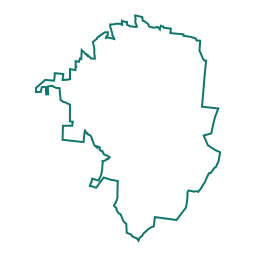 Huhí, Yucatán, Mexico (Natural Earth projection)
{"feature_id": "50627088B5234987061010", "entity_name": "Huhí", "entity_type": "district", "adm_level": 2, "iso_a3": "MEX", "parent_name": "Mexico", "parent_adm1": "Yucatán", "projection": "natural_earth1", "projection_center": [-89.155, 20.688], "detail": "fine", "context": "isolated", "style": "outline", "palette": "teal", "viewbox_px": 256, "rotation_deg": 0, "n_neighbors": 0, "source": "geoboundaries", "source_scale": "gbopen_adm2", "svg_char_len": 4406}
<svg xmlns="http://www.w3.org/2000/svg" viewBox="0 0 256 256"><path d="M218.3,108.5L202.0,106.7L205.0,71.4L206.1,60.6L204.4,60.5L204.2,60.3L203.6,59.6L203.1,59.0L199.5,50.6L200.2,40.7L196.6,40.5L195.8,38.5L191.3,37.0L183.5,35.7L183.6,34.9L183.4,34.3L170.3,33.1L170.3,32.5L170.6,31.1L170.9,28.7L169.7,28.5L169.1,28.4L168.1,28.3L165.8,27.9L164.7,27.8L163.9,27.9L163.6,27.4L163.3,26.6L161.5,26.1L161.3,25.8L161.0,25.7L160.8,26.3L160.2,27.5L159.9,28.4L159.8,29.3L157.8,27.0L157.1,27.0L154.8,27.6L153.9,27.7L150.9,27.1L148.9,26.3L148.7,25.4L147.9,23.8L144.8,21.6L144.1,21.1L143.2,20.9L142.7,20.8L142.3,17.1L137.4,15.9L135.2,15.4L135.1,16.2L135.2,16.8L135.6,18.6L135.2,22.3L135.7,23.3L136.0,23.8L136.9,26.7L135.6,26.9L132.8,26.6L131.9,26.4L130.6,26.4L130.2,26.2L127.1,24.8L126.9,21.9L125.4,22.1L124.9,21.8L124.4,21.6L122.5,21.2L122.0,20.8L121.8,22.3L122.1,23.4L122.2,24.3L122.2,24.8L119.8,23.7L118.6,23.9L117.6,23.7L115.8,23.8L115.2,24.0L113.2,24.4L110.2,24.5L110.3,25.1L110.2,25.4L110.3,27.4L111.0,28.9L111.2,29.6L111.3,30.1L111.6,31.3L111.7,31.5L111.8,31.9L112.4,33.7L112.3,35.1L113.5,37.1L114.1,38.1L114.3,39.0L111.3,38.2L110.2,37.9L109.6,37.9L108.8,37.7L107.1,37.5L106.0,37.9L106.1,37.3L106.2,36.8L106.6,36.4L107.8,34.8L107.8,32.8L107.9,32.3L106.5,32.2L104.5,32.5L103.6,33.1L99.7,35.8L99.3,36.5L98.5,36.5L98.1,36.9L97.8,37.2L97.3,37.6L97.1,38.5L95.7,39.7L92.8,42.1L94.3,48.1L94.3,54.2L94.7,55.7L94.8,58.7L91.2,58.5L87.3,54.8L87.2,55.1L87.2,55.5L81.7,50.1L81.3,59.0L80.0,58.5L78.9,61.8L75.7,61.2L75.6,64.5L75.6,66.0L76.3,66.3L76.1,67.2L75.8,67.5L75.6,67.7L75.5,69.0L75.4,70.1L71.7,69.4L70.0,69.1L70.0,71.1L70.0,74.3L70.0,76.1L70.0,77.9L70.0,79.2L66.8,79.7L66.0,79.9L64.6,79.8L62.6,80.0L63.3,74.0L61.6,73.9L60.6,73.7L60.3,73.7L57.2,73.4L55.1,73.2L54.7,73.2L54.7,73.6L54.7,74.5L54.6,77.1L54.5,77.8L54.4,78.3L54.3,79.0L54.1,80.6L51.9,80.5L50.6,80.4L49.7,80.3L47.9,80.1L46.6,80.0L46.4,80.0L45.7,80.0L45.3,79.9L45.2,79.9L45.2,80.0L36.1,87.7L35.9,92.0L40.8,91.9L41.7,87.3L42.6,87.0L43.0,87.1L44.6,86.8L45.8,87.1L46.2,94.4L48.2,94.3L47.8,86.5L48.3,86.4L51.7,85.8L52.5,85.9L52.5,86.2L56.5,88.0L59.5,88.1L60.6,100.2L61.6,100.5L62.6,101.4L63.3,101.9L65.9,102.6L66.2,102.9L69.9,104.6L70.0,106.5L69.9,121.4L72.8,121.7L72.3,124.4L72.3,125.7L62.9,125.8L62.6,139.8L83.5,142.1L84.6,132.3L84.8,131.2L85.0,130.5L85.5,131.1L85.4,131.5L85.4,131.8L85.6,132.2L85.9,132.5L86.3,132.9L87.1,132.9L87.4,133.1L87.2,133.7L87.4,134.0L88.0,134.3L88.5,134.8L88.8,134.9L89.5,134.9L90.1,135.2L90.4,135.7L91.2,136.6L91.4,137.3L91.9,138.4L91.8,138.8L91.8,139.4L92.0,139.6L92.4,139.8L92.6,140.0L92.6,140.4L92.8,141.1L93.1,141.8L93.2,142.4L93.5,143.0L93.6,143.5L93.7,143.9L94.2,144.5L94.8,145.8L95.3,146.1L96.0,146.3L96.4,147.1L97.0,147.5L97.0,147.0L97.0,146.3L97.4,146.3L97.9,146.5L98.9,146.9L99.9,147.5L99.6,148.4L99.4,149.2L100.0,149.9L100.4,150.5L101.6,150.9L102.2,150.9L102.5,151.1L102.4,151.6L102.5,152.0L103.1,152.5L103.2,152.9L103.6,153.5L103.6,153.9L103.9,154.3L104.6,154.5L105.3,155.2L105.9,155.2L106.6,155.4L107.3,155.6L108.1,156.3L108.8,156.6L109.3,156.8L109.7,157.1L109.3,157.5L108.7,157.9L108.7,158.3L108.4,158.4L108.1,159.0L107.7,159.3L107.3,158.9L106.4,159.3L105.3,160.4L104.9,160.7L102.4,161.2L102.8,162.3L102.3,166.3L102.3,168.6L101.2,175.0L98.5,180.6L92.3,178.6L91.3,182.5L90.8,183.1L89.9,186.1L91.7,186.2L96.1,187.8L103.7,177.5L111.3,179.9L115.2,180.5L117.9,181.1L117.7,182.4L117.4,196.3L117.5,197.0L117.1,199.5L116.0,201.7L115.9,202.3L114.3,205.0L114.0,205.9L116.6,208.4L116.5,210.0L118.2,212.8L120.7,214.5L123.3,221.0L125.4,223.3L126.3,223.9L126.7,232.7L131.5,234.7L131.7,235.2L132.0,236.1L133.3,237.0L136.9,238.4L138.5,240.6L139.4,238.1L141.1,236.5L142.0,236.0L143.3,233.9L143.8,233.2L149.3,228.3L150.0,228.2L151.6,226.9L153.7,226.6L154.4,221.2L154.8,217.1L161.0,217.9L161.3,217.9L162.5,218.1L176.5,220.0L185.8,207.8L186.8,203.5L186.7,203.3L187.1,200.6L187.1,200.3L187.4,197.1L187.6,196.5L187.4,194.4L187.5,192.1L188.6,190.5L190.6,190.9L193.8,191.6L195.8,191.3L196.1,191.3L196.5,191.2L198.3,191.8L198.6,191.2L199.7,189.9L200.3,189.5L203.3,184.4L203.8,183.9L205.3,181.3L206.0,179.4L206.2,179.0L206.4,178.5L208.9,173.3L209.6,173.1L210.0,173.2L210.6,173.1L213.9,168.6L214.5,167.8L216.3,166.6L216.8,164.7L217.8,163.0L218.4,161.7L220.0,153.3L220.0,153.1L220.1,152.2L215.8,150.3L215.2,150.0L207.9,145.3L203.7,135.5L211.3,133.4L212.2,129.0L214.1,120.5L215.2,116.6L218.3,108.5Z" fill="none" stroke="#0f766e" stroke-width="2"/></svg>